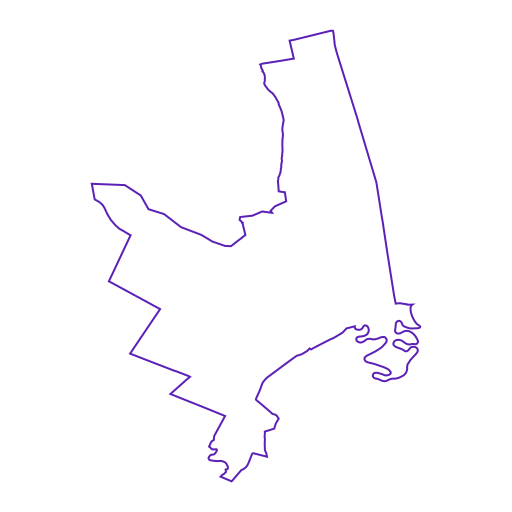 Gradistea, Braila, Romania (Natural Earth projection)
{"feature_id": "2599482B92536621414341", "entity_name": "Gradistea", "entity_type": "district", "adm_level": 2, "iso_a3": "ROU", "parent_name": "Romania", "parent_adm1": "Braila", "projection": "natural_earth1", "projection_center": [27.399, 45.269], "detail": "fine", "context": "isolated", "style": "outline", "palette": "violet", "viewbox_px": 512, "rotation_deg": 0, "n_neighbors": 0, "source": "geoboundaries", "source_scale": "gbopen_adm2", "svg_char_len": 6047}
<svg xmlns="http://www.w3.org/2000/svg" viewBox="0 0 512 512"><path d="M412.4,304.6L407.3,304.7L406.9,304.3L406.5,304.1L405.9,304.2L399.8,303.2L395.7,303.6L394.1,295.6L387.3,252.5L382.4,220.0L382.2,219.3L377.0,186.3L376.3,182.1L358.4,122.3L357.5,118.9L336.9,53.2L335.5,47.9L334.7,44.7L334.5,42.0L333.5,33.2L333.0,30.8L331.5,30.7L330.6,30.8L293.6,39.9L289.6,40.6L292.2,51.7L293.8,58.6L278.3,61.2L262.1,63.7L260.2,64.5L260.5,64.9L261.0,66.1L261.2,66.6L261.2,66.8L261.1,67.2L261.3,67.9L261.9,69.3L262.6,70.4L262.8,70.8L262.8,71.0L262.7,71.1L262.4,71.3L262.4,71.5L263.1,72.1L263.4,72.4L263.7,73.0L264.4,74.5L264.7,75.7L264.9,77.4L264.8,80.0L264.8,81.0L264.7,81.4L264.3,82.6L264.2,83.0L264.3,83.8L264.5,84.3L264.8,85.1L265.3,85.8L268.3,89.8L269.3,90.7L269.7,91.0L270.5,91.8L272.2,93.0L272.9,93.7L273.9,95.1L274.9,96.4L275.4,97.1L276.0,98.2L277.5,100.9L278.1,101.8L278.5,102.6L278.7,103.1L278.6,103.8L279.1,105.3L279.8,106.8L280.5,108.4L281.1,110.0L281.5,110.8L281.7,111.8L282.2,113.7L282.4,114.2L283.0,117.1L283.5,118.9L283.7,120.3L283.3,122.2L283.2,122.8L282.9,124.5L282.3,128.7L282.4,129.9L282.4,130.8L282.4,131.4L282.7,132.3L282.9,133.7L282.9,135.1L282.8,135.9L282.8,136.9L282.4,139.8L282.5,140.9L282.4,142.0L282.3,144.7L282.5,148.5L282.5,149.1L282.5,149.8L282.5,151.0L282.2,154.5L282.0,156.8L281.8,157.3L281.7,158.0L281.7,159.0L281.8,159.5L281.9,160.1L282.0,161.1L281.9,161.7L281.4,163.5L281.3,164.4L281.2,165.8L281.3,166.2L281.2,166.9L281.3,167.2L280.8,169.1L280.6,171.9L280.4,172.5L279.8,174.1L279.5,175.2L279.1,176.1L278.4,177.3L278.3,177.7L278.3,178.5L278.3,179.4L278.2,179.8L277.9,180.7L278.4,186.5L278.7,191.3L283.1,192.1L284.8,192.2L286.2,201.3L275.0,206.3L270.6,210.8L272.0,212.8L262.1,211.5L252.4,215.7L241.2,216.9L240.1,217.1L239.6,219.9L242.7,222.7L242.2,223.1L242.6,223.5L245.4,235.0L230.9,246.2L224.9,245.9L212.3,241.5L201.4,234.9L181.1,227.2L164.1,214.1L148.5,209.2L140.8,195.5L124.8,185.1L91.8,183.8L94.7,199.4L99.3,202.0L102.4,204.7L104.2,207.4L107.5,214.4L110.9,220.0L115.5,225.3L119.1,228.6L124.2,231.5L129.4,234.6L130.6,235.2L108.9,281.3L160.1,309.1L130.1,353.6L143.1,358.7L175.0,371.0L175.5,371.0L183.0,373.9L188.7,376.1L190.0,376.9L187.3,379.0L170.4,394.0L181.6,398.5L204.2,407.5L225.1,416.0L214.2,436.0L213.9,438.7L213.9,439.9L211.9,441.1L211.1,442.2L210.0,444.4L209.7,445.6L209.1,446.2L209.2,446.8L210.1,447.3L210.7,448.1L212.3,449.4L213.2,449.4L215.0,449.3L216.6,449.3L216.9,449.9L216.6,451.1L215.8,452.5L214.3,454.2L213.6,454.5L211.6,454.7L210.2,455.3L209.1,456.7L208.5,458.1L209.0,459.4L209.9,460.1L211.5,460.5L215.4,461.0L217.5,461.1L220.0,460.9L222.0,461.1L223.7,461.7L225.1,462.4L226.2,463.4L227.0,464.9L227.8,466.5L227.9,467.5L227.8,468.7L227.0,469.3L225.6,469.6L226.0,471.9L224.3,473.6L222.2,475.0L220.6,476.7L231.6,481.3L232.5,480.4L241.2,470.2L242.0,469.8L243.3,469.2L245.6,467.5L246.6,466.4L247.6,464.9L248.9,462.1L252.1,453.9L252.8,453.3L253.2,453.2L267.0,456.7L266.2,453.0L264.9,450.1L264.8,446.9L264.7,444.0L264.9,439.1L264.6,436.6L264.9,433.6L264.8,431.6L274.3,428.6L274.4,427.9L275.8,423.6L276.0,423.1L278.7,418.7L277.0,416.1L276.7,415.6L275.1,414.6L273.5,414.2L272.2,413.7L270.2,411.8L267.5,409.5L259.3,402.5L256.4,400.2L255.9,399.4L256.0,398.8L259.9,390.1L262.1,384.0L262.9,382.4L263.7,381.3L265.4,379.2L267.2,377.5L276.9,370.3L289.3,361.1L295.5,356.6L296.7,355.8L301.8,354.2L307.0,351.1L308.3,349.9L309.5,348.5L311.1,349.4L315.8,346.8L331.4,338.8L332.9,338.4L342.5,332.7L346.5,328.4L354.8,326.3L354.8,327.0L354.9,327.9L355.5,328.9L356.8,329.5L358.1,329.8L359.5,329.8L361.0,329.4L362.4,328.2L363.4,326.4L364.6,325.4L365.5,325.4L367.0,326.0L367.8,326.9L368.5,328.3L368.8,330.2L368.4,332.3L367.0,334.4L364.6,335.8L362.4,336.3L358.6,336.7L357.2,337.3L356.3,338.3L356.6,340.8L358.2,341.9L360.2,342.6L362.2,342.2L364.3,341.2L366.1,339.6L367.5,339.1L370.0,338.7L372.2,339.3L374.5,339.4L378.5,338.4L380.2,337.5L382.0,337.1L383.6,336.9L384.7,337.1L385.5,337.8L386.6,339.3L386.7,340.6L386.3,341.9L385.8,342.8L384.8,344.0L382.5,346.5L381.1,347.7L377.7,350.0L375.0,351.6L370.5,353.9L367.6,355.3L365.4,356.7L364.6,357.9L364.5,359.5L365.3,360.9L366.3,361.7L368.0,362.4L373.9,363.8L376.6,364.7L384.1,367.3L387.3,368.8L388.5,369.5L389.6,370.6L390.7,372.1L390.6,373.6L389.1,374.8L386.9,375.4L384.8,375.3L382.7,374.4L381.0,373.8L377.4,372.8L375.7,372.8L374.8,372.9L374.0,373.2L373.1,374.4L372.8,375.2L372.9,376.3L373.3,377.0L373.9,377.8L375.4,378.5L376.5,378.6L379.0,379.4L381.6,380.6L383.1,381.0L384.2,381.2L385.4,381.1L386.4,380.9L388.1,380.1L389.1,379.5L390.2,379.2L392.1,378.7L394.4,378.7L396.3,378.5L399.3,377.6L401.1,376.7L402.5,376.0L403.9,375.1L405.4,373.6L406.5,371.7L407.0,370.1L407.2,368.9L407.1,367.3L407.2,365.8L407.7,364.2L410.5,359.9L415.9,354.0L417.0,352.7L417.4,351.9L417.8,351.0L417.8,350.3L417.6,349.3L417.0,348.3L415.6,347.1L414.4,346.8L413.1,346.8L411.8,347.0L410.4,347.7L409.4,348.9L408.4,350.2L407.5,350.9L406.4,351.3L405.0,351.2L403.9,350.3L402.5,349.5L401.0,348.8L398.3,347.9L396.0,347.0L395.0,346.3L394.3,345.8L393.5,344.8L393.4,343.3L393.7,342.5L394.0,341.7L394.8,341.0L395.5,340.4L396.3,340.1L397.6,339.9L398.3,339.8L399.4,339.9L401.5,340.5L403.2,341.6L404.1,342.3L405.7,343.4L406.6,343.9L408.5,344.4L409.5,344.5L410.7,344.3L411.9,344.0L413.6,344.0L414.4,344.1L415.8,344.1L416.6,343.9L417.0,343.6L417.5,343.0L417.7,342.5L418.0,341.8L417.9,340.8L417.5,339.9L415.9,336.9L415.2,335.9L413.8,334.3L412.4,333.1L411.5,332.4L409.3,331.3L408.1,331.0L406.5,330.8L405.1,331.0L404.2,331.2L401.6,332.6L399.9,333.4L398.8,333.5L397.5,333.5L396.7,333.2L396.0,332.7L395.4,332.0L395.1,331.2L395.2,329.2L395.5,327.9L395.5,326.5L395.7,325.4L395.8,323.9L396.1,322.7L396.7,322.0L397.5,321.2L398.5,320.9L399.4,320.9L400.4,321.3L401.3,322.2L402.1,323.8L402.6,325.1L403.5,326.0L404.3,326.5L408.3,328.0L410.3,328.4L412.0,328.5L415.0,328.3L417.1,328.3L418.9,328.0L419.8,327.5L420.2,326.9L420.0,326.3L419.0,325.4L416.7,323.9L414.6,321.0L413.3,318.7L412.1,316.2L411.2,313.4L410.9,312.3L410.6,310.5L410.6,309.4L410.6,307.3L410.7,306.8L411.2,305.8L411.7,305.1L412.4,304.6Z" fill="none" stroke="#5b21b6" stroke-width="2"/></svg>